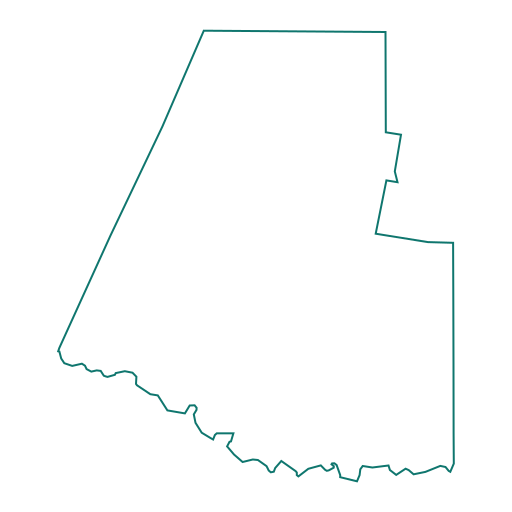 outline of Hidalgo, Texas, United States of America
{"feature_id": "52423323B17892136313191", "entity_name": "Hidalgo", "entity_type": "district", "adm_level": 2, "iso_a3": "USA", "parent_name": "United States of America", "parent_adm1": "Texas", "projection": "albers", "projection_center": [-98.203, 26.412], "detail": "fine", "context": "isolated", "style": "outline", "palette": "teal", "viewbox_px": 512, "rotation_deg": 0, "n_neighbors": 0, "source": "geoboundaries", "source_scale": "gbopen_adm2", "svg_char_len": 1374}
<svg xmlns="http://www.w3.org/2000/svg" viewBox="0 0 512 512"><path d="M401.0,134.7L385.8,132.3L385.5,32.0L203.8,30.7L162.4,126.5L110.4,235.7L59.3,348.0L58.2,351.3L59.4,351.6L61.2,358.5L64.3,363.2L72.2,365.9L81.9,363.7L85.0,365.7L86.6,369.1L91.3,371.6L96.7,370.4L100.7,370.9L103.8,375.7L105.4,376.3L107.5,376.9L114.9,374.8L115.7,373.1L124.8,371.2L132.5,372.7L136.4,376.7L136.0,383.9L137.0,385.3L150.3,394.2L157.8,395.4L167.4,410.4L184.9,413.4L189.7,405.5L194.6,405.3L196.6,407.8L196.5,409.9L193.8,414.4L195.5,422.8L201.7,432.7L210.3,437.9L213.1,439.5L214.9,435.0L216.8,433.3L233.4,433.3L231.0,441.4L229.5,441.8L227.1,446.4L234.0,454.5L242.6,462.0L252.8,459.5L257.9,460.0L266.5,466.1L267.3,467.6L268.7,470.5L270.8,472.3L273.8,471.7L275.2,468.0L281.3,461.0L295.6,471.1L296.8,472.5L296.8,475.1L298.4,476.4L308.3,468.8L309.0,468.6L320.8,465.4L325.1,469.8L326.8,470.8L328.7,470.4L333.7,467.7L333.8,466.2L331.5,464.3L332.1,463.4L334.4,463.3L336.6,465.0L340.2,475.1L340.2,477.2L357.0,481.3L359.6,475.1L360.3,469.3L362.7,466.0L372.4,467.5L388.5,465.5L389.9,470.0L396.2,474.9L405.6,468.7L408.7,470.1L413.6,474.3L425.4,471.9L440.3,465.9L445.5,467.0L448.7,470.9L450.3,471.8L453.8,463.6L453.6,433.1L453.6,427.2L453.5,366.4L453.3,294.7L453.1,242.8L427.9,242.1L384.3,235.1L375.7,233.7L386.4,180.4L397.5,182.2L394.8,171.4L401.0,134.7Z" fill="none" stroke="#0f766e" stroke-width="2"/></svg>